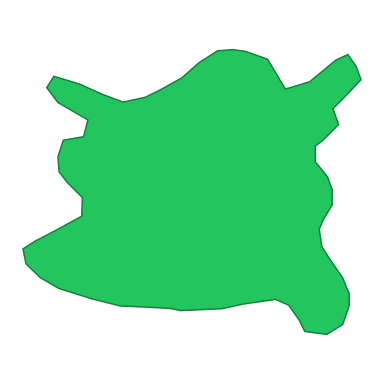 Minsk City, City of Minsk, Belarus (orthographic projection)
{"feature_id": "67162791B57724394311820", "entity_name": "Minsk City", "entity_type": "district", "adm_level": 2, "iso_a3": "BLR", "parent_name": "Belarus", "parent_adm1": "City of Minsk", "projection": "orthographic", "projection_center": [27.611, 53.884], "detail": "fine", "context": "isolated", "style": "filled", "palette": "green", "viewbox_px": 384, "rotation_deg": 0, "n_neighbors": 0, "source": "geoboundaries", "source_scale": "gbopen_adm2", "svg_char_len": 873}
<svg xmlns="http://www.w3.org/2000/svg" viewBox="0 0 384 384"><path d="M347.9,54.5L335.7,60.2L309.7,81.7L285.4,89.1L267.7,59.3L245.5,51.4L233.0,49.6L217.5,50.8L199.0,62.7L182.2,77.6L161.9,89.0L145.2,97.3L123.1,102.1L102.2,94.3L79.6,84.1L53.9,76.3L46.7,87.6L58.0,102.6L87.9,119.9L83.6,136.7L63.3,140.2L57.9,156.9L59.1,171.9L67.4,182.6L82.4,197.6L81.7,216.2L56.6,229.9L35.0,241.2L23.0,248.9L26.0,263.9L40.3,277.7L58.9,288.5L91.2,298.7L120.5,306.0L148.6,307.2L170.7,308.5L172.4,308.9L180.8,310.6L222.0,308.7L243.5,304.0L275.6,299.4L288.7,305.2L299.0,319.8L304.8,331.5L326.8,334.4L342.7,324.5L349.2,305.8L349.2,293.6L342.6,277.7L330.4,260.0L322.0,246.9L319.2,229.2L323.8,218.9L332.2,204.8L332.2,189.9L327.5,176.8L315.4,161.9L315.3,146.0L322.8,140.4L338.6,124.5L333.0,108.7L343.3,98.4L361.0,79.7L356.3,66.7L347.9,54.5Z" fill="#22c55e" stroke="#15803d" stroke-width="1.5"/></svg>